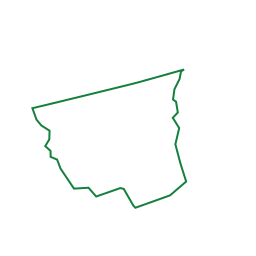 outline of Franklin, North Carolina, United States of America, rotated 228°
{"feature_id": "52423323B24761978339557", "entity_name": "Franklin", "entity_type": "district", "adm_level": 2, "iso_a3": "USA", "parent_name": "United States of America", "parent_adm1": "North Carolina", "projection": "mercator", "projection_center": [-78.269, 36.042], "detail": "fine", "context": "isolated", "style": "outline", "palette": "green", "viewbox_px": 256, "rotation_deg": 228, "n_neighbors": 0, "source": "geoboundaries", "source_scale": "gbopen_adm2", "svg_char_len": 568}
<svg xmlns="http://www.w3.org/2000/svg" viewBox="0 0 256 256"><g transform="rotate(228 128 128)"><path d="M119.1,47.3L110.0,58.7L98.4,58.5L88.5,82.1L85.6,84.1L67.0,80.1L63.8,80.1L49.8,114.2L49.3,135.4L66.5,143.2L84.2,152.3L93.7,166.0L105.6,168.1L106.2,175.4L115.4,181.3L119.0,180.5L125.7,188.4L129.9,199.1L134.6,205.3L134.0,208.3L134.0,208.7L154.9,166.5L158.5,159.6L193.2,95.0L193.3,94.8L206.7,70.2L195.4,65.6L187.8,65.3L178.5,67.9L172.2,61.9L169.9,54.4L162.8,55.1L158.3,51.2L152.0,54.2L143.0,50.7L119.1,47.3Z" fill="none" stroke="#15803d" stroke-width="2"/></g></svg>